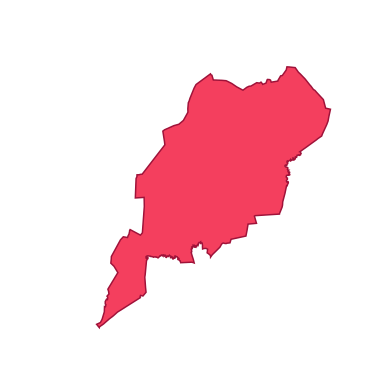 outline of Maļinovas pag., Daugavpils, Latvia, rotated 317°
{"feature_id": "27541924B81356835284887", "entity_name": "Maļinovas pag.", "entity_type": "district", "adm_level": 2, "iso_a3": "LVA", "parent_name": "Latvia", "parent_adm1": "Daugavpils", "projection": "albers", "projection_center": [26.645, 55.995], "detail": "fine", "context": "isolated", "style": "filled", "palette": "rose", "viewbox_px": 384, "rotation_deg": 317, "n_neighbors": 0, "source": "geoboundaries", "source_scale": "gbopen_adm2", "svg_char_len": 5845}
<svg xmlns="http://www.w3.org/2000/svg" viewBox="0 0 384 384"><g transform="rotate(317 192 192)"><path d="M145.2,245.4L146.9,242.3L148.9,238.1L150.3,235.5L150.9,235.6L151.2,235.4L151.5,234.9L152.2,234.0L152.2,233.6L152.6,233.5L153.0,233.0L153.5,233.4L153.8,233.4L154.0,233.2L153.9,232.8L154.1,232.5L154.2,232.3L154.4,232.5L154.3,233.0L154.9,232.6L155.2,232.6L155.4,232.3L155.3,232.1L155.9,232.1L156.8,232.7L157.0,232.6L157.0,232.2L157.4,232.7L157.5,232.7L157.6,233.4L157.1,233.6L156.9,233.4L156.5,233.6L156.4,233.8L156.2,233.5L156.0,233.9L156.1,234.0L156.6,234.0L156.6,234.3L156.8,234.5L157.1,235.1L157.5,234.9L157.8,234.3L158.0,234.6L158.2,234.2L159.2,234.6L159.2,234.9L159.8,235.4L160.0,235.2L160.0,234.8L159.8,234.9L159.7,234.6L160.1,234.3L160.4,234.6L160.7,234.6L160.9,234.7L161.6,233.9L162.0,234.0L162.5,233.8L162.6,234.2L162.8,234.3L163.7,234.2L164.4,234.3L163.4,235.5L164.4,235.8L164.5,236.0L164.6,236.4L163.7,237.4L163.5,238.0L162.3,239.2L160.9,240.9L162.2,241.5L163.8,242.8L164.4,244.5L161.6,246.8L162.0,248.5L162.2,251.1L161.2,252.3L164.1,251.7L168.6,251.6L174.8,251.4L177.8,250.4L179.2,250.3L180.2,250.8L180.9,252.0L181.8,253.0L182.5,253.2L185.1,255.1L188.3,253.2L201.4,261.0L206.2,257.5L211.1,253.7L217.8,258.9L221.2,252.2L222.1,252.4L240.9,267.8L241.2,267.5L247.6,264.5L249.3,263.3L251.6,261.1L259.2,256.3L265.3,252.0L265.4,252.3L265.5,252.4L265.8,252.4L266.9,251.7L268.7,251.0L269.0,250.6L269.3,250.0L268.9,249.7L268.4,249.8L268.2,249.6L268.2,249.3L268.3,248.8L268.8,248.1L269.2,247.9L270.2,247.9L270.4,247.8L271.3,246.9L271.2,246.6L270.9,246.2L271.2,245.1L271.7,244.9L272.3,244.4L272.6,244.6L272.8,244.5L273.3,244.8L273.5,245.2L273.7,245.4L273.9,245.5L274.1,245.1L274.3,245.1L274.8,245.3L274.8,245.9L274.9,246.1L275.3,246.1L275.7,245.3L275.7,245.0L275.6,244.5L275.8,244.0L276.9,244.1L276.9,243.8L276.8,243.6L276.4,243.5L276.1,243.2L276.1,242.8L276.4,242.1L276.7,241.9L277.0,242.0L277.6,242.0L277.2,241.5L277.4,240.9L277.2,240.6L277.3,240.4L277.7,240.4L278.5,239.8L278.6,239.5L278.4,238.9L277.8,238.0L277.5,237.2L277.6,236.6L278.0,236.1L278.7,236.0L278.9,236.3L279.3,237.1L279.6,237.1L279.8,236.7L280.0,236.6L281.3,236.5L281.8,236.1L281.8,235.9L281.6,235.4L282.1,234.7L282.7,234.3L282.9,234.3L282.9,234.5L282.7,234.9L282.7,235.3L284.1,235.2L285.0,235.5L285.3,236.6L285.7,236.5L286.2,235.5L286.5,235.4L286.5,235.6L286.5,236.3L286.6,236.8L287.2,237.0L287.9,237.7L288.0,237.8L288.2,237.2L288.8,236.2L289.1,236.0L289.3,236.5L288.8,238.0L289.3,238.2L290.0,238.2L290.7,237.8L291.2,236.9L291.5,236.8L291.9,237.0L292.0,237.6L292.2,237.9L294.0,236.8L294.4,237.2L294.9,237.4L294.9,237.6L295.5,237.6L295.6,237.9L295.6,238.5L296.5,238.8L296.8,238.8L297.1,238.3L297.8,238.3L298.1,238.2L298.2,237.7L298.2,237.1L298.4,236.8L298.8,236.7L299.0,236.4L298.8,236.2L312.9,238.0L318.5,238.7L320.5,238.8L325.0,239.5L327.2,238.4L336.5,234.6L339.9,232.9L343.8,230.0L349.7,225.9L346.9,221.8L351.1,214.0L351.1,204.2L351.2,201.7L351.1,201.0L350.7,200.0L351.2,195.5L351.2,194.0L351.8,186.7L351.7,179.6L351.5,177.0L352.3,171.4L348.4,166.9L346.8,165.2L344.2,167.0L337.5,168.4L336.0,167.5L331.0,169.0L330.4,169.4L324.8,165.7L325.7,163.8L325.7,163.6L325.3,162.6L323.9,161.1L323.7,161.1L320.4,162.8L317.1,161.5L317.3,160.9L317.4,158.7L315.6,158.4L313.9,156.2L307.3,154.7L305.9,153.6L303.4,152.8L298.7,152.3L296.4,145.6L295.1,139.8L293.4,135.2L292.8,133.8L289.9,130.6L284.0,124.6L286.2,120.2L285.8,119.1L286.1,118.2L268.7,116.2L268.1,116.2L264.3,117.5L254.4,122.1L251.8,123.6L250.2,124.2L245.8,128.2L243.4,130.9L234.5,133.8L228.6,133.5L224.0,131.1L214.4,127.8L212.2,127.6L206.3,136.3L204.3,139.0L167.7,145.0L166.3,143.9L165.1,143.3L163.5,141.9L162.2,143.2L160.3,144.0L146.5,157.7L153.3,163.3L147.2,170.1L127.9,188.0L124.9,188.4L121.1,177.3L120.1,177.6L119.8,178.0L117.1,179.9L115.7,180.3L113.8,181.3L111.2,177.9L107.1,178.2L89.0,184.2L87.3,185.9L84.1,188.7L84.3,193.1L82.8,200.4L64.2,205.7L62.9,208.4L62.4,208.8L61.8,209.9L58.8,210.2L58.8,210.9L58.3,211.8L56.8,213.0L56.4,212.1L53.9,212.9L52.2,214.7L52.3,215.5L50.5,216.9L50.3,216.9L49.9,216.1L46.1,219.9L39.4,223.8L36.0,225.0L32.0,223.7L31.7,228.0L32.5,227.5L37.4,228.2L38.3,228.2L45.0,228.4L49.9,228.9L55.6,229.0L82.1,234.0L82.2,233.5L83.8,232.5L85.2,234.6L90.0,234.0L92.8,230.3L99.4,222.1L101.3,220.6L112.0,211.1L112.3,211.1L112.9,210.8L113.7,210.6L114.3,210.7L114.5,210.5L114.8,210.2L114.1,209.8L113.4,209.5L113.3,209.2L113.5,209.0L114.3,209.4L114.7,209.4L114.8,209.3L114.8,209.0L114.9,208.6L114.8,208.4L114.2,208.3L114.1,208.1L114.4,207.9L114.8,207.9L116.2,208.5L116.5,208.8L116.6,209.3L117.8,210.5L117.8,211.0L118.3,211.4L118.6,212.0L119.1,212.4L119.3,212.8L119.2,213.2L119.3,213.4L120.3,213.9L121.0,214.4L121.1,214.9L121.5,215.4L121.9,215.5L122.0,216.2L122.0,216.6L122.4,217.1L123.4,217.1L124.7,216.8L125.2,217.3L125.6,217.1L126.3,217.2L127.1,217.5L127.1,217.9L126.7,218.3L126.8,218.6L127.4,218.7L127.8,218.4L128.1,218.5L127.9,219.0L127.8,219.3L128.3,219.0L128.9,219.5L128.5,220.3L129.4,220.4L129.3,220.8L129.1,220.9L129.2,221.6L128.4,222.0L128.5,222.3L128.8,222.4L129.7,222.3L129.9,222.0L130.5,222.1L130.8,223.1L131.0,223.4L131.7,222.8L132.4,222.8L132.4,223.3L132.4,223.7L132.5,224.0L132.6,224.4L132.9,224.9L132.9,225.5L132.6,225.7L132.4,225.4L132.2,225.2L131.9,225.2L131.6,225.5L132.0,225.8L132.4,226.3L133.4,226.3L133.5,226.4L133.5,226.6L133.4,226.8L133.0,226.8L132.8,226.9L132.3,227.9L132.4,228.1L132.7,228.1L133.1,227.6L133.4,227.4L133.7,227.9L134.1,228.6L134.6,228.7L134.9,228.5L135.0,227.9L135.4,227.7L135.7,227.2L136.3,227.6L136.4,228.3L136.1,228.4L136.0,228.5L136.7,228.8L137.0,229.4L136.8,229.8L136.8,230.0L137.1,231.5L137.0,231.9L136.6,232.0L136.4,231.9L136.4,231.7L136.5,231.5L136.4,231.3L136.0,231.2L135.8,231.4L135.7,231.6L135.7,231.8L135.8,232.2L136.1,232.4L136.3,233.8L136.1,234.3L136.3,234.6L135.5,236.0L144.1,243.3L145.2,245.4Z" fill="#f43f5e" stroke="#9f1239" stroke-width="1.5"/></g></svg>